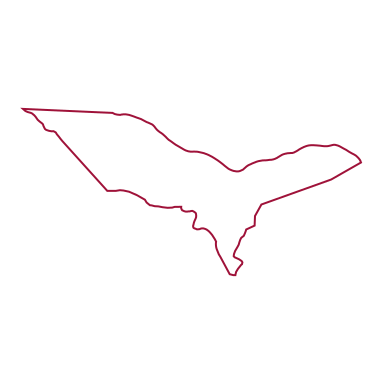 the district of Paix Bouche, Micoud, Saint Lucia
{"feature_id": "8701671B34451908876457", "entity_name": "Paix Bouche", "entity_type": "district", "adm_level": 2, "iso_a3": "LCA", "parent_name": "Saint Lucia", "parent_adm1": "Micoud", "projection": "albers", "projection_center": [-60.94, 13.815], "detail": "fine", "context": "isolated", "style": "outline", "palette": "rose", "viewbox_px": 384, "rotation_deg": 0, "n_neighbors": 0, "source": "geoboundaries", "source_scale": "gbopen_adm2", "svg_char_len": 4074}
<svg xmlns="http://www.w3.org/2000/svg" viewBox="0 0 384 384"><path d="M235.4,275.1L235.5,274.4L236.0,272.4L236.1,271.9L238.0,268.8L241.1,264.9L242.0,264.2L242.2,263.3L242.4,262.3L241.7,261.1L240.3,260.1L238.9,259.2L235.6,257.7L234.7,257.3L233.7,256.2L234.0,254.0L234.3,253.2L235.1,251.0L237.4,247.1L238.7,244.7L239.4,242.2L240.2,239.9L240.4,239.4L241.2,237.9L241.9,237.3L243.8,235.8L244.9,233.3L245.7,231.2L246.2,229.5L254.6,225.6L255.0,216.0L261.4,204.5L331.2,179.5L341.7,173.5L361.0,162.5L360.6,161.5L360.4,160.8L360.0,160.2L359.8,159.7L359.6,159.5L358.5,158.1L357.3,156.9L355.9,155.6L353.9,154.4L352.1,153.5L349.1,151.8L346.2,149.9L344.1,148.8L342.1,147.7L341.6,147.4L339.8,146.4L338.7,145.9L338.0,145.6L336.6,145.2L335.0,144.8L333.6,144.8L333.1,144.9L332.2,145.1L330.3,145.6L328.0,146.1L326.8,146.2L325.8,146.2L324.6,146.2L324.1,146.2L322.3,146.0L320.1,145.7L316.7,145.4L313.3,145.2L311.2,145.2L310.1,145.3L309.0,145.4L307.2,145.8L305.4,146.4L305.2,146.5L303.6,147.1L302.7,147.6L302.0,147.9L300.5,148.7L299.1,149.5L297.8,150.4L296.1,151.4L294.7,152.1L294.0,152.5L292.3,153.0L290.7,153.0L290.1,153.1L289.8,153.1L287.1,153.3L286.6,153.5L285.8,153.6L284.6,153.9L283.6,154.2L282.5,154.6L281.9,154.9L280.9,155.5L279.7,156.2L278.6,156.9L278.2,157.1L277.0,157.9L275.9,158.4L275.1,158.8L274.5,159.0L273.3,159.4L271.2,159.8L270.0,159.8L267.9,160.1L267.2,160.2L266.0,160.3L262.7,160.4L258.7,161.1L258.3,161.2L256.3,161.8L255.2,162.3L254.6,162.5L252.1,163.5L251.3,163.9L250.5,164.3L249.7,164.6L248.2,165.3L247.7,165.7L246.6,166.4L245.6,167.3L245.4,167.5L244.1,168.6L243.2,169.5L242.8,169.7L241.1,170.5L239.7,171.1L238.2,171.4L236.5,171.4L235.8,171.3L234.8,171.1L233.9,171.0L232.6,170.6L232.3,170.5L231.5,170.2L231.1,170.0L230.3,169.7L229.1,169.1L228.4,168.7L226.6,167.3L224.8,165.9L222.8,164.2L220.6,162.5L220.2,162.2L219.4,161.6L217.6,160.3L216.2,159.4L215.7,159.1L215.0,158.6L214.2,158.1L212.4,157.0L211.9,156.7L210.5,156.0L208.6,155.0L207.4,154.5L206.5,154.1L205.5,153.8L204.3,153.3L202.4,152.8L197.8,151.8L196.7,151.7L194.2,151.6L190.9,151.7L188.3,151.3L186.5,150.7L186.1,150.6L185.2,150.2L184.2,149.7L182.3,148.6L181.7,148.2L180.2,147.4L179.7,147.0L178.9,146.6L177.2,145.6L175.8,144.8L175.6,144.7L174.4,143.8L174.2,143.7L173.5,143.2L171.9,142.0L170.5,141.0L169.6,140.4L168.8,139.9L167.8,139.0L166.3,137.5L165.8,136.9L165.3,136.5L164.5,135.7L163.9,135.2L162.7,134.1L161.6,133.3L161.2,133.0L159.9,132.2L158.1,130.8L156.8,129.6L156.4,129.1L155.7,128.3L154.6,126.8L153.7,125.8L152.4,124.6L151.4,124.1L149.2,123.1L148.1,122.6L146.7,122.1L143.5,120.4L142.2,119.7L141.1,119.1L139.4,118.5L138.3,118.1L136.5,117.5L134.7,116.8L133.9,116.5L131.6,115.7L129.1,114.9L126.8,114.5L125.5,114.3L123.3,114.3L122.3,114.5L121.7,114.5L120.2,114.9L119.1,114.8L117.1,114.6L116.3,114.4L115.4,114.2L114.9,114.1L112.9,113.1L112.6,112.9L98.5,112.3L23.0,108.9L25.4,111.0L27.6,112.0L30.9,112.9L32.5,113.7L33.1,114.4L34.1,115.1L35.6,116.8L37.7,119.8L39.6,121.5L42.2,123.5L43.0,124.4L43.4,125.8L44.9,128.9L46.2,129.9L48.9,130.8L51.6,131.3L53.5,131.2L55.0,132.0L55.8,132.5L56.8,134.2L58.9,136.7L60.4,138.7L62.2,140.9L107.3,190.9L115.6,190.9L119.9,190.2L123.4,190.5L129.0,191.7L136.8,195.1L144.9,199.7L146.6,202.5L149.9,205.2L151.7,205.4L154.7,206.2L158.5,206.4L162.5,207.2L167.6,207.8L172.2,207.6L174.6,206.9L181.2,206.8L181.1,207.9L181.4,208.8L181.8,209.7L182.2,210.3L183.2,210.7L184.2,211.2L185.8,211.6L187.2,211.6L188.5,211.4L189.6,211.4L191.2,211.0L192.3,210.9L193.5,211.4L195.1,212.5L195.8,213.2L196.0,213.9L196.2,215.6L196.1,217.2L195.9,217.8L195.4,219.1L194.9,220.1L194.4,221.3L193.9,222.7L193.6,224.1L193.1,226.0L193.2,226.9L193.4,227.6L193.8,228.0L194.5,228.4L195.5,228.7L196.8,229.3L198.1,229.3L199.3,229.2L200.4,228.8L201.1,228.5L202.2,228.4L203.3,228.4L204.1,228.6L205.1,228.9L206.7,229.6L207.3,230.1L208.3,230.8L209.2,231.6L210.4,232.9L211.5,234.2L212.3,235.2L213.1,236.5L213.3,236.8L214.4,238.5L215.0,239.5L216.1,241.7L215.9,242.8L215.9,244.7L216.0,245.8L216.2,247.2L216.6,248.8L218.8,254.3L220.4,256.9L229.7,274.2L233.2,275.1L235.4,275.1Z" fill="none" stroke="#9f1239" stroke-width="2"/></svg>